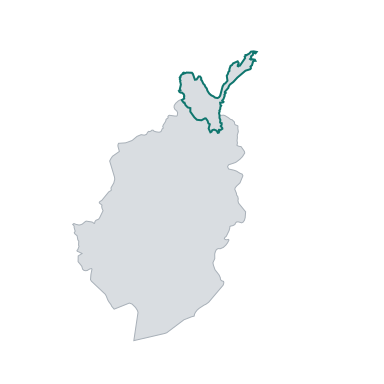 Afghanistan, with Badakhshan highlighted, rotated 323°
{"feature_id": "AFG-1760", "entity_name": "Badakhshan", "entity_type": "Province", "adm_level": 1, "iso_a3": "AFG", "parent_name": "Afghanistan", "parent_adm1": "", "projection": "orthographic", "projection_center": [71.727, 36.958], "detail": "medium", "context": "in_parent", "style": "outline", "palette": "teal", "viewbox_px": 384, "rotation_deg": 323, "n_neighbors": 0, "source": "natural_earth", "source_scale": "10m", "svg_char_len": 5547}
<svg xmlns="http://www.w3.org/2000/svg" viewBox="0 0 384 384"><g transform="rotate(323 192 192)"><path d="M175.1,114.8L181.6,114.5L185.9,115.6L188.1,117.9L190.3,118.6L192.5,117.6L193.9,117.5L194.4,118.2L195.5,118.6L197.2,118.5L198.1,119.2L198.3,120.6L199.5,122.3L201.7,124.5L203.6,125.1L206.3,123.6L207.2,123.8L207.7,123.3L208.0,122.1L209.6,121.1L212.5,120.1L214.2,119.2L214.8,118.5L215.8,118.3L216.9,118.5L217.6,118.3L218.2,117.2L219.3,116.9L220.1,117.1L224.0,121.0L225.5,122.2L226.3,122.0L228.3,120.0L228.6,118.1L228.1,115.6L228.6,113.6L229.9,112.2L232.4,111.3L235.9,111.0L238.0,111.3L238.8,112.0L239.9,112.5L241.3,112.6L242.5,111.7L243.7,109.9L243.8,107.6L242.8,104.8L243.1,103.9L244.9,102.6L246.8,100.5L248.7,97.9L250.5,94.7L252.6,92.7L255.2,91.9L258.3,92.8L261.9,95.4L263.3,98.5L262.4,102.2L262.3,104.3L263.0,104.7L267.2,104.0L267.8,104.5L267.7,105.5L267.1,107.1L266.3,111.5L265.0,122.3L266.8,128.8L268.0,131.4L269.2,132.2L270.5,132.5L271.7,132.2L274.3,130.6L278.2,127.5L281.9,125.6L287.3,124.5L289.1,121.2L291.6,119.0L297.3,115.7L300.4,114.4L302.2,114.2L306.5,115.3L306.8,116.3L306.5,117.4L305.3,118.3L304.9,118.9L305.4,119.4L307.1,119.6L314.7,117.2L316.3,115.2L317.9,115.0L321.1,115.8L323.5,115.4L324.9,116.3L327.9,119.0L326.9,119.2L325.6,118.7L324.8,117.8L321.8,119.1L318.5,121.0L318.6,121.5L321.7,124.0L315.4,127.0L312.6,128.7L311.9,128.8L307.7,127.4L295.7,128.1L286.7,129.1L283.2,130.6L279.9,131.3L278.2,132.1L277.1,133.6L272.1,137.0L271.2,138.2L268.4,138.1L265.5,141.4L261.2,145.3L260.4,147.1L261.0,148.1L263.3,149.5L264.3,150.8L265.8,154.6L266.5,157.3L267.5,158.4L268.0,161.6L267.0,163.4L267.0,164.3L268.4,166.7L268.0,167.5L267.0,168.6L265.3,171.7L262.3,173.9L261.0,175.9L258.8,178.2L257.9,180.0L257.0,181.0L256.0,181.6L256.3,182.6L257.1,183.9L258.5,185.3L258.3,191.0L257.6,192.6L253.7,194.1L250.0,194.7L245.5,194.7L243.8,194.4L237.6,192.3L235.6,193.2L235.1,195.7L238.6,199.8L240.1,202.1L241.6,205.9L242.8,207.9L242.4,209.7L235.8,213.6L231.7,214.0L229.1,214.6L227.8,215.6L226.7,219.8L225.8,221.4L225.8,223.2L224.8,225.3L223.5,226.6L222.5,228.8L222.9,240.1L219.0,244.5L216.9,246.1L214.8,246.8L213.1,246.5L211.1,243.8L209.7,242.8L208.2,242.9L206.6,243.8L204.3,243.4L202.2,242.4L201.2,242.5L200.6,243.4L198.3,245.2L192.8,248.0L190.6,248.1L189.7,248.8L190.0,250.0L190.9,251.0L192.6,251.8L192.6,252.6L189.8,254.0L187.0,254.8L183.7,255.1L180.4,254.3L178.8,252.9L176.8,252.7L174.9,253.6L172.9,255.1L170.1,258.9L166.1,261.1L165.0,263.5L163.6,267.9L163.7,274.4L163.1,277.3L162.1,279.1L162.2,280.6L163.4,282.4L162.9,283.5L161.7,284.6L160.6,285.2L138.9,290.1L135.4,290.0L133.7,289.6L127.6,289.2L125.1,289.4L122.5,290.1L120.6,291.0L119.0,292.4L116.6,291.4L108.7,289.2L87.1,289.2L85.2,288.6L56.1,275.7L76.4,255.7L77.1,253.9L77.4,250.3L76.7,245.4L75.1,243.0L59.3,238.7L59.1,234.9L59.5,233.2L59.5,230.0L59.8,227.5L60.9,223.5L61.2,221.6L58.0,202.7L58.2,200.9L61.6,197.1L65.7,193.4L65.6,192.6L63.8,191.9L61.0,191.6L59.5,190.7L58.5,189.5L58.2,187.8L59.3,184.9L59.1,179.1L62.6,174.6L67.2,174.9L65.2,171.1L64.8,170.6L64.7,170.0L65.0,169.4L66.1,169.3L69.1,167.4L69.4,166.2L72.0,163.1L72.0,161.6L73.9,157.8L73.3,155.1L73.4,153.7L75.1,153.0L76.5,149.4L77.2,148.6L77.4,147.7L77.2,146.1L78.7,146.1L79.9,148.1L81.9,150.4L83.3,151.1L85.1,151.6L89.1,151.4L90.0,151.6L93.8,155.5L94.5,156.5L94.7,157.9L95.3,158.4L96.9,157.1L98.4,156.8L101.0,157.5L102.5,157.1L109.7,153.4L110.4,150.7L111.2,149.2L112.2,148.3L111.4,145.0L111.8,144.4L112.7,144.2L115.0,144.4L125.6,141.8L128.2,142.1L128.9,141.8L129.1,140.9L129.9,139.9L135.0,137.7L138.0,135.3L139.1,133.4L144.9,117.7L147.4,116.5L150.0,115.6L158.4,115.9L160.3,111.1L161.1,109.9L162.6,108.9L168.6,112.8L175.1,114.8Z" fill="#d9dde1" stroke="#a8b0b8" stroke-width="1"/><path d="M326.1,119.5L324.7,117.6L323.0,119.2L320.8,119.2L320.0,120.5L318.4,120.8L318.7,121.7L320.4,122.6L321.8,124.1L321.6,125.4L320.1,124.4L319.0,124.7L316.2,126.9L314.2,127.0L313.6,128.6L312.5,129.0L307.7,127.3L297.1,127.9L291.2,129.0L286.9,129.0L284.8,129.8L283.7,130.7L278.5,131.8L278.1,132.3L278.5,133.2L276.4,133.8L276.1,134.8L273.1,136.7L271.2,137.1L271.4,139.0L270.5,139.1L268.2,137.6L267.1,139.6L267.3,140.6L265.8,141.2L264.4,142.8L262.8,143.5L262.5,144.4L261.1,145.2L260.1,147.4L258.5,149.4L258.1,151.4L256.4,153.2L256.3,154.0L257.1,154.9L256.1,156.2L254.6,156.6L254.7,159.1L254.3,159.8L252.3,159.7L251.0,158.6L250.4,159.2L250.1,160.2L249.0,160.7L248.2,160.3L248.6,157.9L247.2,155.5L245.5,154.8L243.8,155.6L242.6,155.4L243.5,151.3L247.0,148.6L246.4,147.1L247.3,144.5L247.3,141.5L246.7,141.0L242.7,140.4L239.4,137.3L238.8,133.8L239.0,126.8L241.2,124.0L239.5,121.9L239.1,118.7L239.8,116.1L239.1,115.7L239.1,112.9L239.2,112.4L242.0,112.7L243.0,111.0L243.6,110.8L244.3,109.0L243.7,106.4L242.8,105.9L242.2,104.7L242.4,103.4L244.0,103.6L243.8,102.8L247.8,99.5L249.2,96.3L249.9,96.0L250.2,94.4L251.7,93.5L251.4,93.1L253.4,92.2L255.1,92.0L256.2,92.5L256.5,91.6L257.3,91.7L258.2,93.1L259.5,93.3L263.7,96.7L263.8,98.2L261.9,104.1L263.4,104.9L266.9,103.7L268.0,104.7L267.9,106.6L266.8,107.9L267.0,108.8L266.2,112.3L266.5,114.2L266.0,115.9L266.1,118.2L265.3,120.3L265.0,123.7L265.5,126.4L266.7,128.5L267.2,130.5L269.0,132.4L270.8,132.6L272.4,132.1L280.1,126.0L282.7,125.0L284.0,125.3L287.3,124.5L289.7,120.1L291.7,119.3L293.4,118.0L294.7,117.9L295.9,116.3L298.8,114.4L300.3,114.7L302.2,114.0L307.1,115.1L306.9,117.2L304.9,118.2L304.3,119.0L304.7,119.6L305.9,119.4L306.4,119.9L315.0,117.0L315.6,115.5L317.1,115.5L317.3,114.9L318.4,115.6L321.0,115.9L323.6,115.4L325.9,116.8L327.9,119.0L326.1,119.5Z" fill="none" stroke="#0f766e" stroke-width="2"/></g></svg>